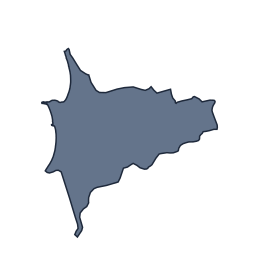 outline of Maldonado, Maldonado, Uruguay, rotated 75°
{"feature_id": "84410073B43409820231729", "entity_name": "Maldonado", "entity_type": "district", "adm_level": 2, "iso_a3": "URY", "parent_name": "Uruguay", "parent_adm1": "Maldonado", "projection": "albers", "projection_center": [-55.013, -34.833], "detail": "fine", "context": "isolated", "style": "filled", "palette": "slate", "viewbox_px": 256, "rotation_deg": 75, "n_neighbors": 0, "source": "geoboundaries", "source_scale": "gbopen_adm2", "svg_char_len": 3966}
<svg xmlns="http://www.w3.org/2000/svg" viewBox="0 0 256 256"><g transform="rotate(75 128 128)"><path d="M37.5,169.7L40.5,169.5L41.2,169.6L42.7,169.4L43.4,169.4L44.3,169.5L44.7,169.5L45.0,169.6L45.4,169.4L45.6,169.4L46.6,169.3L46.9,169.3L47.1,169.2L47.4,169.2L47.6,169.2L50.1,169.2L50.3,169.2L50.5,169.2L50.9,169.1L51.1,169.1L51.3,169.1L51.5,169.2L52.0,169.2L52.2,169.3L52.5,169.3L53.0,169.4L53.4,169.3L53.7,169.2L54.1,169.3L54.4,169.4L54.8,169.4L55.2,169.4L55.5,169.4L55.9,169.4L58.8,169.5L62.2,169.9L64.9,170.5L67.4,171.1L68.5,171.4L68.9,171.5L69.4,171.7L70.2,172.0L70.8,172.2L71.2,172.4L74.6,173.8L75.1,174.2L75.9,174.5L76.3,174.8L76.9,175.1L78.0,175.8L79.1,176.6L79.5,176.9L80.8,177.8L81.2,178.0L81.8,178.5L82.3,178.9L82.6,179.0L82.8,179.3L83.0,179.4L83.8,180.1L84.2,180.6L84.5,180.8L84.7,181.0L85.1,181.6L86.0,183.0L86.1,184.1L85.8,185.1L85.8,187.0L84.7,188.5L84.1,188.7L83.8,188.9L83.6,189.2L83.3,189.7L82.9,190.2L82.6,190.8L82.2,191.5L82.1,192.3L81.7,193.6L81.7,195.0L82.0,195.6L82.3,196.6L82.2,196.9L82.4,197.4L82.1,198.6L81.9,199.2L82.1,199.4L81.8,200.0L82.0,200.2L81.9,200.3L82.0,200.4L81.7,200.7L81.7,201.0L81.6,201.5L81.4,201.9L81.2,202.4L81.3,202.5L81.0,202.6L80.8,203.3L80.9,203.7L80.9,203.9L81.0,204.0L80.9,204.2L81.0,204.4L81.0,204.6L81.3,204.7L81.5,204.8L81.7,204.6L81.9,204.6L81.9,204.3L82.1,204.2L82.0,203.8L81.9,203.4L82.0,203.3L82.4,203.4L82.6,203.1L82.4,203.0L82.5,202.9L82.6,202.7L82.8,202.4L82.8,202.2L83.0,202.2L83.3,201.7L83.5,200.9L83.8,200.8L84.0,200.3L83.9,200.1L84.1,200.0L84.3,200.1L84.4,199.8L84.4,199.7L87.5,199.1L90.7,198.7L94.0,198.5L97.2,198.4L101.1,198.8L101.7,199.1L102.4,199.2L102.8,199.2L103.1,199.2L103.8,199.3L104.4,199.5L104.6,199.6L104.8,199.8L105.0,200.1L104.9,200.3L104.9,200.6L104.9,200.8L105.0,201.0L105.4,201.0L105.6,201.0L105.7,200.8L105.8,200.7L106.0,200.6L106.2,200.3L106.3,200.1L106.1,200.1L106.1,199.9L106.1,199.6L106.3,199.6L106.5,199.4L106.9,199.0L107.0,198.9L107.1,198.6L107.5,198.5L108.6,198.4L109.9,198.4L110.4,198.4L111.6,198.5L113.4,198.8L115.0,199.0L116.4,199.3L117.5,199.6L118.5,199.8L120.8,200.5L123.0,201.2L125.6,202.2L126.7,202.7L128.1,203.2L129.6,203.9L130.1,204.1L130.6,204.3L130.8,204.4L131.1,204.6L131.6,204.9L132.2,205.2L132.7,205.5L133.7,206.1L134.9,206.8L136.7,207.9L137.3,208.4L138.0,209.0L138.6,209.4L139.1,209.8L139.5,210.1L139.9,210.5L140.3,210.8L140.7,211.3L141.8,212.3L142.1,212.6L142.5,213.0L142.8,213.3L142.9,213.5L143.2,213.8L143.5,214.2L143.8,214.5L144.5,215.3L144.8,215.6L145.2,216.0L145.6,216.5L146.1,217.0L146.3,217.3L146.7,217.7L147.2,218.2L147.6,218.6L148.0,219.0L150.0,217.6L151.1,215.5L151.0,211.6L150.3,208.6L150.8,206.2L153.1,203.9L180.6,202.6L200.4,202.0L207.7,201.6L212.1,202.2L214.3,204.8L217.2,207.0L218.1,206.4L220.2,205.1L215.1,199.3L212.2,197.6L201.7,197.8L197.7,196.2L194.6,192.0L193.2,188.2L190.1,185.4L188.5,185.1L185.0,184.0L180.5,181.0L177.8,176.6L177.3,173.2L177.9,163.7L177.6,151.5L174.3,148.6L165.6,142.8L165.6,138.6L164.3,135.0L163.5,132.2L166.3,129.1L169.5,126.7L172.0,122.8L172.4,120.7L172.1,119.4L171.1,118.4L170.4,116.0L169.6,114.3L164.4,108.9L161.2,104.7L161.2,103.1L161.9,96.8L163.0,93.8L163.7,90.6L163.4,86.7L163.0,85.3L160.7,84.2L158.4,81.9L157.4,78.8L157.2,75.7L157.2,72.8L158.2,68.7L158.5,65.3L158.3,63.1L157.2,61.8L154.4,60.9L153.2,59.3L152.4,57.7L151.0,56.3L151.4,53.7L151.6,50.0L151.5,45.4L152.0,43.6L152.3,42.4L150.7,41.6L148.2,41.1L146.1,41.3L139.3,42.0L134.4,42.4L132.5,42.3L129.9,41.1L128.4,40.0L127.3,38.9L126.1,37.6L124.7,37.0L123.5,37.7L122.3,41.7L121.9,49.7L118.3,51.8L114.8,55.7L114.8,56.9L116.2,58.9L116.1,63.6L115.8,69.0L115.9,73.9L116.6,75.1L115.9,75.7L114.1,75.4L110.7,77.0L106.6,77.3L101.6,76.9L101.8,91.0L98.3,93.2L94.1,95.0L95.5,97.5L96.1,101.6L94.1,105.4L89.7,112.3L88.1,120.9L87.6,128.4L88.1,140.2L86.3,146.4L83.4,149.1L74.4,151.9L66.5,152.2L66.4,152.8L64.6,155.0L60.1,159.0L53.4,161.1L46.0,163.3L42.0,164.8L36.8,164.6L35.8,165.1L36.4,166.8L37.6,168.2L37.5,169.7Z" fill="#64748b" stroke="#1e293b" stroke-width="1.5"/></g></svg>